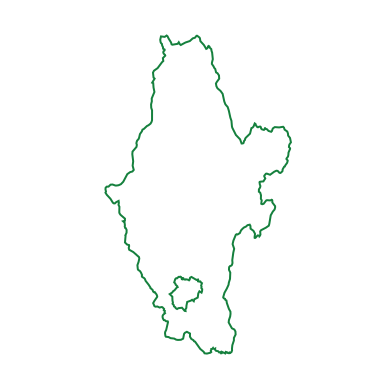 Lima Puluh Kota, Sumatera Barat, Indonesia, rotated 16°
{"feature_id": "22746128B97954273808268", "entity_name": "Lima Puluh Kota", "entity_type": "district", "adm_level": 2, "iso_a3": "IDN", "parent_name": "Indonesia", "parent_adm1": "Sumatera Barat", "projection": "equal_earth", "projection_center": [100.621, 0.029], "detail": "fine", "context": "isolated", "style": "outline", "palette": "green", "viewbox_px": 384, "rotation_deg": 16, "n_neighbors": 0, "source": "geoboundaries", "source_scale": "gbopen_adm2", "svg_char_len": 6092}
<svg xmlns="http://www.w3.org/2000/svg" viewBox="0 0 384 384"><g transform="rotate(16 192 192)"><path d="M185.3,309.5L187.4,312.1L188.5,312.3L190.3,311.6L192.7,312.0L194.4,311.0L195.3,310.9L197.4,312.1L197.4,313.3L198.7,313.8L198.7,315.2L199.5,315.9L198.2,317.8L197.9,319.0L198.1,320.2L198.9,321.6L200.2,322.9L201.2,322.7L202.6,323.4L204.3,323.0L204.8,323.6L205.2,331.6L204.8,334.0L205.0,335.2L206.1,337.7L206.8,338.3L209.4,337.9L211.7,338.4L215.3,337.8L217.4,338.3L219.2,338.1L222.1,337.1L223.9,335.4L223.5,330.5L224.0,329.3L225.6,327.8L229.1,328.6L229.9,331.6L231.8,333.4L234.3,334.1L235.1,334.9L236.2,335.0L243.2,340.6L247.3,342.4L248.5,343.6L250.9,343.2L254.0,341.4L254.6,340.5L253.8,339.6L254.0,338.3L253.8,337.7L254.7,337.3L255.2,336.1L255.7,336.6L256.8,336.8L257.4,336.2L257.6,337.2L258.8,338.0L261.2,337.9L262.3,338.7L263.1,338.3L263.6,338.6L263.9,338.0L264.5,339.0L265.1,338.7L265.3,337.5L268.4,338.0L268.5,336.4L269.7,336.4L269.8,336.9L271.9,336.8L272.8,336.4L272.6,335.9L273.3,335.9L273.1,335.8L274.0,335.2L274.2,333.3L273.6,331.5L273.0,328.2L273.2,323.2L272.5,320.7L273.2,317.0L272.2,314.1L270.6,312.5L267.9,312.0L263.2,307.3L262.8,304.9L263.0,301.2L262.6,298.5L261.9,296.4L259.7,294.2L256.1,289.1L255.0,286.8L253.8,286.5L253.2,285.6L251.8,285.4L251.0,284.6L251.0,279.9L252.1,275.2L252.7,271.1L252.4,269.0L252.5,265.1L251.0,258.9L249.0,256.6L248.7,255.4L248.4,254.0L249.0,252.7L250.1,251.9L250.5,251.0L250.5,249.1L249.5,246.4L248.4,238.8L248.2,235.0L245.4,230.9L245.2,227.4L245.9,221.0L246.5,220.3L247.5,220.3L249.3,218.3L249.7,215.4L250.8,213.2L251.9,211.6L253.3,210.5L254.5,208.6L256.5,207.5L257.5,208.5L258.4,211.1L261.8,212.4L264.1,214.8L264.6,218.2L264.9,218.8L265.6,218.6L267.0,215.7L268.6,215.4L269.0,216.0L269.4,215.1L269.5,214.0L268.4,211.1L268.9,209.7L272.9,205.9L275.1,203.2L275.1,201.4L274.1,192.7L275.1,188.5L276.2,186.1L276.2,184.1L275.8,182.7L272.1,179.9L271.6,178.2L271.2,177.6L270.7,177.5L269.6,178.5L266.3,179.2L265.6,179.8L264.1,183.6L262.8,184.4L261.8,184.2L261.3,180.8L260.1,179.6L259.2,176.1L257.7,173.8L256.2,173.3L255.6,171.0L256.2,168.9L256.1,167.4L255.1,166.0L254.2,164.0L254.3,163.6L255.0,163.2L257.7,162.1L258.7,158.8L257.1,157.0L257.0,156.4L258.0,154.1L258.8,153.7L262.3,153.9L265.4,149.9L267.2,148.3L268.5,148.1L270.7,149.4L271.5,149.4L271.9,149.2L273.1,147.3L273.2,146.8L272.9,145.4L273.0,144.8L273.6,142.3L274.2,141.9L274.3,140.8L275.4,137.8L275.4,135.9L275.3,135.3L273.8,134.4L273.6,133.8L274.5,131.5L274.4,129.8L273.9,127.5L274.4,123.5L274.2,122.9L272.8,122.1L272.5,120.3L272.6,119.3L273.4,117.0L271.3,113.0L268.9,111.3L268.1,109.3L266.9,107.6L263.8,106.5L262.7,104.8L261.6,104.2L258.0,105.9L253.7,106.8L252.4,108.3L252.1,109.1L252.0,111.4L251.5,112.3L248.7,112.2L246.7,111.0L245.4,111.0L244.8,110.5L244.5,110.6L244.5,111.8L244.0,112.5L242.0,112.5L241.0,112.0L240.2,110.6L239.6,110.3L238.6,110.7L237.6,111.6L236.9,111.6L235.2,110.4L234.3,109.1L233.4,108.8L233.1,112.1L232.4,113.5L231.5,114.2L231.7,119.9L228.7,125.1L228.4,126.4L228.6,127.2L228.0,128.5L228.0,130.7L227.5,131.3L226.3,131.7L223.7,128.1L218.5,125.1L213.0,119.1L212.3,117.9L210.3,112.7L208.4,110.0L205.0,103.7L202.9,100.5L200.0,98.6L198.1,96.1L194.4,89.2L191.6,87.0L187.9,85.3L186.3,83.6L185.1,81.1L185.5,79.4L186.9,75.6L185.8,72.5L183.8,70.8L182.2,70.4L180.4,67.3L179.2,66.6L178.2,65.4L175.8,63.4L175.5,62.0L175.4,58.6L172.9,52.4L171.9,51.0L171.1,49.3L169.0,48.2L168.8,47.5L167.8,47.0L167.3,47.6L167.3,48.9L166.9,49.9L166.2,50.5L162.9,47.4L158.5,44.7L157.2,42.0L156.5,41.4L153.9,40.4L153.3,40.6L152.3,42.9L150.4,44.1L148.3,47.5L144.5,50.1L140.7,53.8L139.6,53.3L138.0,51.7L137.4,53.5L132.6,55.8L131.7,55.7L130.6,54.0L127.2,50.9L125.6,49.1L124.5,48.6L123.0,50.4L119.3,51.0L119.5,54.4L120.5,56.6L121.3,57.5L122.2,57.9L123.0,59.5L124.2,60.8L124.7,62.2L126.4,62.6L126.6,63.5L125.8,64.7L126.0,66.0L126.8,66.9L128.2,67.6L128.7,68.3L127.1,71.3L128.3,74.0L127.4,75.5L124.8,82.4L122.0,85.9L121.6,88.0L123.5,92.6L124.8,93.3L123.6,97.9L124.7,98.0L126.2,102.1L128.3,106.2L127.5,113.2L128.4,115.9L128.5,119.0L129.6,122.3L131.1,124.5L133.8,134.0L133.8,135.7L133.3,137.7L131.8,139.8L130.5,141.0L128.3,144.7L127.2,145.7L127.1,147.5L126.0,150.7L126.2,154.5L126.0,155.9L125.1,157.7L125.0,159.3L125.1,160.5L126.0,161.9L126.2,164.0L123.7,169.5L124.2,172.1L127.0,178.7L127.7,183.1L129.9,186.8L129.1,188.7L127.1,189.9L124.9,192.6L123.1,201.1L121.5,204.1L119.6,205.7L117.9,206.5L116.5,206.9L113.6,206.7L111.7,207.4L110.3,209.8L108.5,210.4L107.8,211.8L108.1,213.3L109.2,215.3L109.0,216.5L110.9,218.2L115.5,221.0L118.9,224.1L120.1,224.5L121.0,224.2L121.9,222.7L123.9,220.8L124.7,222.6L124.9,224.6L126.3,226.2L127.7,231.6L128.3,232.6L129.7,233.7L134.9,236.1L135.4,238.1L133.8,239.1L135.6,240.0L136.7,242.5L136.8,243.6L137.7,245.0L138.3,245.0L139.6,246.5L140.3,249.2L139.9,252.1L140.2,252.3L141.5,259.0L144.1,260.4L146.1,260.4L146.5,261.4L146.6,263.2L147.5,264.8L152.1,265.9L159.0,269.2L159.7,270.6L159.9,273.9L159.7,277.4L161.2,281.1L161.6,281.6L164.0,282.5L165.3,283.7L166.9,285.6L166.9,286.6L167.4,287.3L169.8,288.0L170.7,288.6L171.9,290.2L175.9,293.1L178.4,295.3L178.5,295.8L181.0,296.9L182.1,298.4L183.4,298.9L183.8,298.5L186.2,300.3L187.3,301.8L187.4,302.5L185.9,306.9L185.3,309.5ZM220.5,275.3L221.0,274.9L221.5,275.2L222.0,274.6L222.4,275.1L222.2,275.6L222.4,276.2L224.0,276.1L224.7,275.7L225.9,276.7L226.7,276.9L226.6,279.5L227.3,280.4L227.4,281.7L228.6,282.6L229.0,284.5L228.9,286.1L226.5,285.4L226.0,287.7L226.6,291.9L223.8,294.5L223.8,296.5L221.8,295.6L220.9,296.7L217.7,299.0L218.0,302.8L218.5,305.0L218.0,306.9L218.6,308.2L217.7,308.3L214.3,306.0L211.0,307.4L209.9,308.6L208.4,308.2L207.7,307.4L206.2,306.9L205.6,305.7L204.1,304.8L204.2,303.7L203.1,301.6L201.9,298.0L198.7,296.3L200.6,294.2L201.4,292.2L202.2,291.5L203.8,287.8L204.4,287.4L203.8,286.6L201.8,285.6L201.2,284.6L199.8,283.8L199.9,280.4L200.6,279.2L201.4,279.1L202.5,277.3L203.0,277.3L204.1,276.6L204.8,276.7L205.4,277.4L206.4,277.3L206.1,277.8L206.3,278.6L207.2,278.6L208.0,277.9L209.5,278.2L210.1,277.6L212.7,277.4L213.5,277.7L213.9,276.9L213.8,274.9L214.9,273.8L220.5,275.3Z" fill="none" stroke="#15803d" stroke-width="2"/></g></svg>